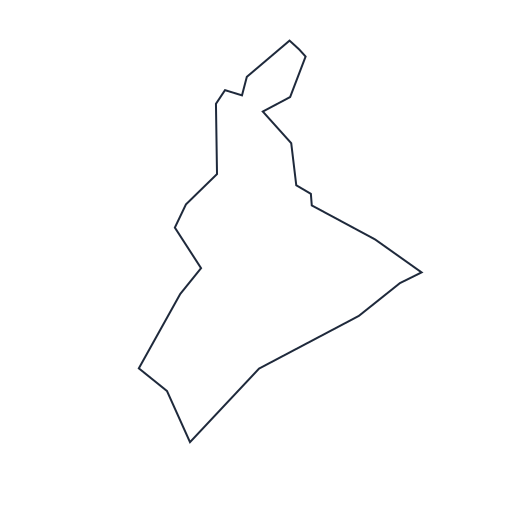 Montour, Pennsylvania, United States of America, rotated 222°
{"feature_id": "52423323B26026796638538", "entity_name": "Montour", "entity_type": "district", "adm_level": 2, "iso_a3": "USA", "parent_name": "United States of America", "parent_adm1": "Pennsylvania", "projection": "mercator", "projection_center": [-76.627, 41.027], "detail": "fine", "context": "isolated", "style": "outline", "palette": "slate", "viewbox_px": 512, "rotation_deg": 222, "n_neighbors": 0, "source": "geoboundaries", "source_scale": "gbopen_adm2", "svg_char_len": 486}
<svg xmlns="http://www.w3.org/2000/svg" viewBox="0 0 512 512"><g transform="rotate(222 256 256)"><path d="M180.5,73.5L178.4,174.4L139.5,280.3L130.9,332.2L122.0,354.6L178.5,348.0L248.4,330.9L256.8,338.9L273.4,335.5L305.3,363.4L347.6,367.9L337.0,397.0L352.6,437.4L362.1,438.4L375.2,438.5L382.7,383.0L373.9,366.0L390.0,358.5L387.6,342.3L339.8,290.8L342.6,247.5L335.3,222.8L288.7,210.2L286.9,177.1L267.9,94.1L231.8,96.1L180.5,73.5Z" fill="none" stroke="#1e293b" stroke-width="2"/></g></svg>